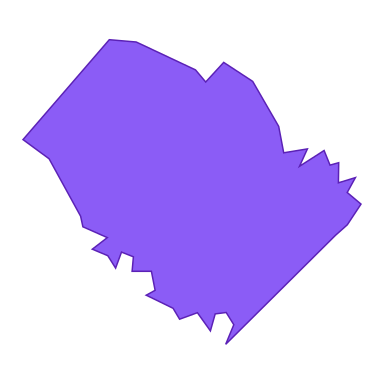 the district of Nicholas, Kentucky, United States of America
{"feature_id": "52423323B57180370688472", "entity_name": "Nicholas", "entity_type": "district", "adm_level": 2, "iso_a3": "USA", "parent_name": "United States of America", "parent_adm1": "Kentucky", "projection": "robinson", "projection_center": [-83.996, 38.326], "detail": "fine", "context": "isolated", "style": "filled", "palette": "violet", "viewbox_px": 384, "rotation_deg": 0, "n_neighbors": 0, "source": "geoboundaries", "source_scale": "gbopen_adm2", "svg_char_len": 624}
<svg xmlns="http://www.w3.org/2000/svg" viewBox="0 0 384 384"><path d="M223.7,62.4L205.7,82.0L195.5,69.9L136.2,42.0L109.3,39.7L23.0,139.6L49.1,158.8L80.6,216.2L82.9,226.8L107.3,237.6L92.3,249.2L107.8,255.7L115.6,268.1L121.5,252.1L133.4,256.8L132.1,271.3L151.4,271.3L155.1,290.3L146.2,295.2L173.1,308.3L179.6,319.2L197.4,312.7L210.4,330.9L215.2,313.9L226.2,312.5L233.8,324.7L225.7,344.3L335.5,235.3L347.3,224.8L361.0,204.1L347.2,192.5L355.4,177.6L338.4,182.8L338.7,162.7L330.0,165.1L324.1,150.5L299.5,166.3L307.4,148.9L283.7,152.8L278.7,126.4L252.7,81.4L223.7,62.4Z" fill="#8b5cf6" stroke="#5b21b6" stroke-width="1.5"/></svg>